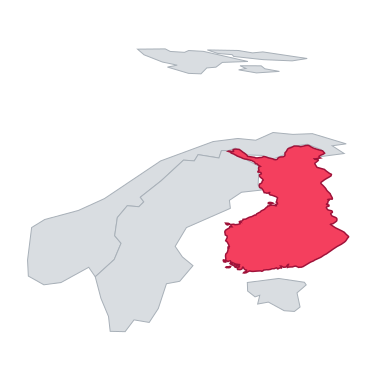 Finland shown with its bordering countries, rotated 4°
{"feature_id": "FIN", "entity_name": "Finland", "entity_type": "country or territory", "adm_level": 0, "iso_a3": "FIN", "parent_name": "Europe", "parent_adm1": "", "projection": "equal_earth", "projection_center": [24.864, 64.94], "detail": "fine", "context": "with_neighbors", "style": "filled", "palette": "rose", "viewbox_px": 384, "rotation_deg": 4, "n_neighbors": 3, "source": "natural_earth", "source_scale": "50m", "svg_char_len": 7857}
<svg xmlns="http://www.w3.org/2000/svg" viewBox="0 0 384 384"><g transform="rotate(4 192 192)"><path d="M174.8,53.2L178.8,51.1L193.5,50.9L238.7,57.9L213.2,60.6L207.2,65.8L198.1,67.2L192.7,73.5L180.3,73.9L158.8,69.1L168.4,66.5L153.4,64.4L134.6,58.5L127.7,53.3L155.3,51.1L160.5,53.3L174.8,53.2ZM341.1,143.0L313.6,148.6L318.0,140.7L303.7,136.3L286.7,140.1L281.4,148.3L270.8,153.4L258.8,150.6L244.3,151.2L232.2,145.2L225.4,148.1L218.5,148.6L216.5,156.2L195.5,154.3L192.1,160.8L181.3,160.8L160.5,182.9L140.8,200.8L144.6,205.2L140.0,210.4L128.4,210.2L119.3,222.7L117.9,241.0L124.8,248.1L119.1,264.8L101.4,283.3L94.2,274.3L67.7,291.4L50.7,294.9L34.6,287.3L32.7,271.4L34.5,238.6L47.0,229.7L80.0,218.3L105.1,204.7L158.5,163.2L209.6,140.2L234.0,135.4L252.0,135.9L268.7,127.0L288.6,127.5L308.0,125.4L342.5,133.2L328.6,136.1L341.1,143.0ZM297.6,50.8L282.8,54.2L253.7,55.0L224.2,53.9L222.5,52.2L208.1,52.0L197.4,49.2L228.3,47.6L242.7,49.0L252.9,47.3L297.6,50.8ZM270.8,65.6L248.0,68.7L230.0,66.9L237.2,65.0L231.1,62.7L252.2,61.3L256.1,64.0L270.8,65.6Z" fill="#d9dde1" stroke="#a8b0b8" stroke-width="1"/><path d="M101.4,283.3L119.1,264.8L124.8,248.1L117.9,241.0L119.3,222.7L128.4,210.2L140.0,210.4L144.6,205.2L140.8,200.8L160.5,182.9L181.3,160.8L192.1,160.8L195.5,154.3L216.5,156.2L218.5,148.6L225.4,148.1L257.3,161.7L257.4,180.4L261.2,185.2L241.4,188.8L229.9,197.7L231.4,205.6L188.9,227.9L179.0,247.4L186.9,257.4L198.1,265.4L186.0,281.9L172.9,285.3L166.5,310.6L158.4,325.1L143.1,323.6L135.0,336.0L120.1,336.7L117.4,322.0L108.6,304.5L101.4,283.3Z" fill="#d9dde1" stroke="#a8b0b8" stroke-width="1"/><path d="M310.4,274.2L312.4,276.7L303.8,285.3L307.8,299.2L302.5,304.0L292.2,304.0L275.9,296.5L265.3,299.2L266.8,290.3L262.2,292.2L254.4,286.9L253.5,278.4L284.5,272.2L310.4,274.2Z" fill="#d9dde1" stroke="#a8b0b8" stroke-width="1"/><path d="M264.1,187.7L262.9,185.4L262.2,184.5L261.2,183.4L259.5,182.9L259.1,182.6L258.9,182.1L258.8,181.5L258.6,180.5L258.7,179.8L258.9,179.3L259.7,179.0L260.8,178.1L261.1,177.5L261.2,176.5L261.7,175.7L262.2,175.2L262.1,174.9L261.7,174.4L260.9,173.7L259.7,172.9L258.7,172.1L258.3,171.4L258.1,170.7L258.2,170.1L258.5,169.7L259.7,169.2L259.9,169.0L259.4,167.8L258.6,167.6L256.4,167.5L256.3,167.4L256.3,167.1L256.4,166.7L257.2,165.8L257.3,165.5L256.8,164.5L256.7,163.4L256.9,162.4L258.4,161.7L256.6,160.7L255.3,159.9L254.9,159.4L253.3,159.3L252.4,157.9L249.7,156.6L248.9,156.4L244.2,155.5L242.4,155.4L240.2,154.9L238.6,154.2L237.2,153.8L236.0,153.4L234.3,152.9L233.9,152.5L232.1,151.8L231.2,151.3L228.3,150.4L228.2,150.1L228.2,149.7L225.1,148.9L225.7,148.6L228.1,148.5L230.0,148.9L230.5,148.7L230.7,148.4L229.9,147.2L230.1,146.9L231.0,146.5L232.4,146.2L234.5,146.2L236.0,146.2L236.3,146.3L238.4,147.6L240.3,148.9L241.3,149.4L243.7,151.0L244.6,151.9L244.9,152.6L245.9,152.6L252.2,153.1L253.0,153.5L255.0,153.4L256.6,153.0L259.3,152.6L261.0,151.6L262.6,151.7L266.3,152.7L270.4,153.3L271.5,153.9L273.1,154.0L274.7,153.5L275.6,152.0L276.5,151.4L277.7,150.9L279.1,150.7L280.1,150.6L280.9,150.3L282.0,149.5L282.2,148.5L282.0,146.7L282.2,146.1L283.1,145.2L284.3,142.7L284.9,142.0L285.5,141.6L286.4,141.3L288.1,140.6L290.5,139.1L291.1,139.0L292.8,138.9L295.0,138.9L296.9,139.2L297.1,139.2L298.0,139.0L299.5,138.6L302.2,137.7L303.9,137.4L305.4,137.5L307.2,138.5L309.7,139.6L311.3,140.1L315.6,141.1L319.4,141.8L321.6,144.0L320.6,144.9L320.1,145.2L318.3,146.1L316.4,147.3L316.2,148.0L316.9,148.7L317.8,149.1L313.4,150.2L311.7,150.4L312.1,150.8L314.9,150.9L315.4,151.0L315.7,151.2L315.8,151.5L315.5,152.0L312.6,154.7L312.5,155.2L313.6,156.8L315.0,158.7L322.5,160.2L324.6,161.8L328.0,163.9L329.8,164.6L329.9,164.9L329.5,166.3L327.4,167.8L325.5,169.0L323.4,170.5L321.9,171.8L320.1,173.3L320.0,173.8L319.9,174.3L320.3,174.8L322.6,176.7L324.7,178.7L325.6,179.8L326.2,180.8L327.2,181.8L328.8,183.1L330.0,184.1L330.4,185.0L332.3,188.0L332.5,188.7L332.4,189.3L331.7,189.4L330.0,189.5L328.2,189.9L328.1,190.0L329.3,190.7L328.3,191.9L328.2,193.7L327.1,194.6L327.1,194.8L327.1,195.0L327.3,195.1L329.4,195.4L329.6,195.6L329.6,196.1L329.5,196.6L328.4,197.0L327.3,197.5L327.1,198.0L327.2,198.4L327.6,199.1L328.4,200.0L329.3,200.5L332.7,201.0L333.2,201.5L333.4,202.0L333.4,202.6L331.9,203.7L331.9,204.2L332.6,205.2L333.4,206.2L336.8,207.3L337.9,207.9L338.3,208.4L338.5,209.2L338.5,210.0L338.3,210.8L337.3,211.8L335.0,213.7L332.6,214.4L332.4,214.6L333.2,215.2L337.6,217.7L344.3,220.4L346.8,221.6L347.7,222.5L348.8,223.5L350.0,224.4L350.9,225.1L351.3,225.5L351.3,226.0L350.2,227.5L349.6,228.7L348.6,230.3L347.4,231.5L344.6,233.7L340.3,236.4L339.3,237.2L337.3,238.7L333.9,241.5L333.0,242.2L330.2,244.5L328.9,245.2L327.9,245.9L325.1,248.1L319.0,251.4L318.1,252.2L315.1,253.7L307.8,258.8L307.4,258.9L306.3,259.4L304.5,259.5L303.8,259.8L301.1,258.8L300.6,258.7L299.1,259.0L297.6,259.7L294.8,260.0L293.4,260.2L292.5,260.6L292.3,259.7L292.7,258.7L293.3,258.0L293.3,257.5L292.9,257.6L292.0,258.6L291.5,259.8L290.6,260.4L288.5,260.7L286.4,259.7L285.5,259.7L286.1,260.4L286.5,261.2L286.5,261.6L285.4,261.5L284.1,262.0L283.1,262.7L282.6,262.7L281.8,261.7L280.5,262.2L279.4,262.8L277.1,263.0L275.8,263.7L273.3,264.3L272.0,264.3L269.0,264.9L268.0,265.9L267.1,266.2L265.8,265.9L262.0,266.4L258.3,267.0L256.7,267.0L255.1,266.7L253.4,267.6L251.6,268.8L249.7,269.2L249.0,269.1L249.5,268.4L250.8,267.8L251.7,266.9L251.9,266.2L251.3,265.9L250.4,265.9L249.4,265.1L248.4,263.5L247.9,263.4L247.6,263.8L247.3,265.1L247.0,265.4L245.8,266.0L245.1,266.1L242.9,266.1L242.6,265.5L242.6,265.2L243.0,264.4L242.7,264.3L243.0,263.6L243.6,263.7L244.2,263.6L244.5,263.2L244.5,262.8L243.6,262.7L244.4,261.4L244.5,261.1L244.2,261.0L243.7,261.1L240.5,260.8L236.6,259.3L235.7,259.3L235.1,258.0L234.1,258.1L232.7,258.9L231.7,258.3L230.6,258.0L230.3,257.4L230.4,256.5L230.3,255.5L230.0,254.3L229.9,252.7L230.1,251.4L231.0,250.4L231.4,249.8L231.8,248.2L232.0,246.4L231.8,245.8L231.8,245.4L232.5,245.4L232.4,245.0L232.1,244.8L231.8,244.4L232.1,244.2L232.9,244.2L233.1,243.9L232.5,242.8L232.4,242.3L231.5,240.8L230.6,239.4L229.0,238.3L229.6,236.6L230.3,235.1L230.2,234.3L230.0,233.4L228.2,232.5L227.9,231.1L227.5,229.6L227.7,228.7L228.0,228.0L228.7,227.3L231.9,225.1L232.1,224.0L234.2,223.9L233.2,222.9L233.0,222.3L233.0,221.7L236.0,221.2L237.1,221.6L239.8,221.2L242.2,220.3L242.2,219.8L241.8,219.4L241.3,218.5L241.7,218.3L242.5,218.5L242.1,218.1L242.2,217.7L243.2,217.8L244.7,216.6L244.8,215.7L247.4,215.3L250.5,213.4L251.9,212.8L253.3,212.4L256.2,210.6L257.4,210.5L258.0,209.3L260.5,207.7L261.2,207.4L262.4,206.0L265.4,204.3L267.3,202.1L268.3,201.4L268.6,200.6L269.8,200.5L270.8,199.9L273.1,199.5L275.3,199.6L276.3,199.9L277.1,199.8L277.0,199.1L276.4,198.6L276.9,198.2L278.1,197.9L278.0,197.2L277.7,196.7L276.7,196.2L277.2,194.9L277.3,193.5L277.8,191.9L276.6,191.0L271.9,189.6L271.1,189.6L270.0,189.4L269.0,188.3L269.4,187.4L269.5,187.1L269.1,187.1L268.4,187.5L266.9,188.0L265.0,187.6L264.1,187.7ZM239.5,261.2L241.0,261.5L241.7,261.4L242.4,262.2L241.2,262.6L241.1,263.2L241.5,263.6L241.7,264.1L240.5,264.1L239.9,263.7L239.6,263.1L239.1,262.7L238.3,262.4L238.7,262.0L238.9,261.4L239.5,261.2ZM272.0,198.1L270.3,198.5L268.9,198.3L268.9,197.4L269.7,197.0L271.3,196.9L273.4,197.3L273.7,197.5L272.5,197.7L272.0,198.1ZM229.1,221.2L229.3,221.4L230.0,221.4L230.9,220.9L231.6,221.1L231.5,221.8L231.0,221.8L230.9,221.7L230.3,222.0L230.2,222.3L229.5,222.4L228.3,221.8L227.6,220.7L229.4,220.7L229.2,221.0L229.1,221.2ZM230.8,258.9L230.6,259.6L229.8,259.5L228.9,259.6L228.3,259.0L227.9,257.8L228.1,257.6L228.6,257.4L229.0,258.0L230.8,258.9ZM237.3,261.7L236.4,261.7L235.2,261.0L235.0,260.8L235.5,260.6L235.2,260.0L235.3,259.8L236.3,260.2L236.8,260.7L236.3,260.9L237.1,261.4L237.3,261.7ZM235.3,264.5L234.0,265.0L233.6,264.9L233.7,264.1L234.4,263.7L235.7,263.6L235.3,264.5ZM232.8,265.0L231.7,265.1L231.0,264.7L231.3,264.4L232.0,264.1L232.9,264.1L233.0,264.5L232.8,265.0Z" fill="#f43f5e" stroke="#9f1239" stroke-width="1.5"/></g></svg>